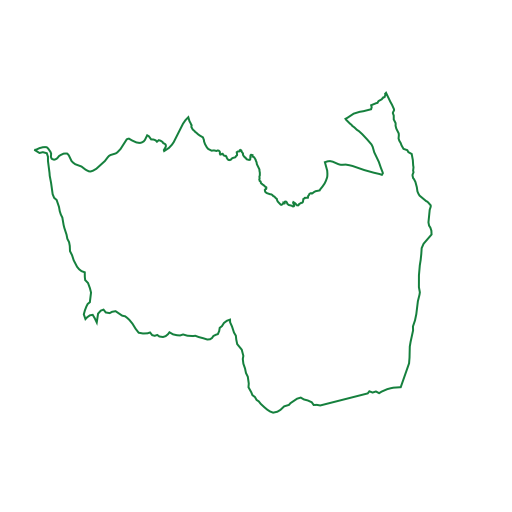 Hleoheng, Leribe, Lesotho (Natural Earth projection), rotated 342°
{"feature_id": "5366337B95493361127464", "entity_name": "Hleoheng", "entity_type": "district", "adm_level": 2, "iso_a3": "LSO", "parent_name": "Lesotho", "parent_adm1": "Leribe", "projection": "natural_earth1", "projection_center": [27.92, -28.954], "detail": "fine", "context": "isolated", "style": "outline", "palette": "green", "viewbox_px": 512, "rotation_deg": 342, "n_neighbors": 0, "source": "geoboundaries", "source_scale": "gbopen_adm2", "svg_char_len": 6081}
<svg xmlns="http://www.w3.org/2000/svg" viewBox="0 0 512 512"><g transform="rotate(342 256 256)"><path d="M437.8,261.8L436.2,258.1L435.4,256.9L434.8,256.4L430.2,249.1L429.7,246.8L429.5,244.4L430.2,240.3L430.5,234.9L430.0,231.7L429.5,230.5L429.7,228.0L430.0,227.1L431.7,225.0L431.8,223.4L433.2,220.3L433.5,218.3L434.8,213.2L435.6,207.1L433.0,204.3L432.6,202.1L429.4,199.7L428.6,195.8L428.5,193.3L427.9,190.6L427.9,188.3L429.2,185.2L429.6,183.5L428.8,178.2L429.0,175.2L429.6,173.6L429.8,172.6L429.2,168.7L430.4,165.0L430.3,162.4L430.6,161.8L432.3,160.1L432.6,159.1L432.1,154.3L431.4,150.7L430.1,141.0L428.9,141.7L428.9,142.9L427.6,144.1L427.5,144.5L426.5,144.7L426.0,144.5L425.3,145.1L424.9,145.1L424.1,145.8L420.5,146.5L419.9,146.9L418.9,147.9L417.5,147.8L412.1,148.2L412.0,150.2L410.8,152.0L403.0,151.5L399.1,150.9L392.9,150.8L385.7,152.8L383.5,153.2L383.8,154.3L386.3,159.2L387.4,160.8L387.7,161.9L389.3,164.1L390.9,167.1L392.5,169.1L394.7,173.0L397.7,179.4L400.3,185.6L400.7,188.2L400.5,193.9L401.9,204.5L402.0,210.5L402.3,215.8L402.2,216.5L400.8,217.7L398.8,216.2L393.8,213.2L385.5,207.7L375.6,200.2L372.8,198.5L369.6,196.8L365.8,195.8L364.3,195.2L362.6,194.0L358.1,190.0L355.7,188.6L353.4,188.1L350.5,188.1L350.1,196.8L349.3,199.9L348.5,202.1L347.8,203.4L345.7,206.1L343.7,208.2L340.7,210.5L337.6,212.5L336.8,213.3L332.7,212.8L331.0,213.1L329.0,213.8L328.4,213.9L327.8,213.2L326.1,213.4L325.3,214.3L324.1,215.1L323.4,216.6L320.4,215.8L320.1,216.2L318.8,216.3L318.6,216.5L317.5,218.8L316.9,219.4L316.4,219.6L315.3,219.4L315.1,219.6L313.1,219.9L312.6,220.5L311.8,220.9L310.7,220.5L309.5,217.9L308.2,216.3L307.7,216.9L308.0,219.7L307.8,220.1L307.3,220.4L306.9,220.4L306.3,220.2L305.5,219.2L302.9,217.6L302.0,216.2L301.8,214.3L301.4,213.6L300.8,213.3L300.0,213.3L299.7,213.6L299.5,214.8L299.1,214.8L298.4,213.9L298.1,214.5L296.9,215.0L296.2,215.2L295.6,215.0L295.2,214.5L293.5,210.9L293.3,209.3L293.4,208.0L292.8,207.3L291.8,205.1L290.9,204.4L290.8,203.9L290.2,202.8L289.4,202.0L288.6,201.7L285.7,199.5L285.1,198.7L284.6,197.7L284.8,195.9L285.9,195.2L286.4,195.3L286.9,194.5L287.0,193.8L286.3,193.1L285.0,190.7L284.3,190.1L284.0,189.3L283.5,188.8L283.2,188.0L283.4,187.2L283.3,186.4L282.7,185.8L282.8,184.1L283.3,183.6L283.8,181.5L284.6,180.4L285.4,177.9L285.6,176.2L286.0,174.7L285.2,168.9L285.5,167.0L285.3,165.2L285.4,164.4L284.8,161.8L284.4,161.1L283.8,160.7L283.6,160.0L283.9,159.0L282.6,158.2L282.1,158.4L281.7,158.9L281.4,159.6L281.4,160.5L280.9,160.8L280.5,162.1L280.0,162.6L279.5,162.6L278.6,162.2L277.0,161.1L276.3,159.0L275.8,158.8L275.1,156.8L274.9,155.7L275.3,154.4L274.7,152.9L274.6,151.0L273.8,150.6L273.7,150.3L273.3,150.4L273.0,151.2L272.7,151.4L271.0,151.0L269.7,151.4L269.4,153.6L269.0,154.4L267.9,154.8L267.5,155.2L266.8,155.7L264.1,155.6L262.9,155.9L262.2,156.5L260.7,156.7L260.1,156.3L259.6,156.2L259.0,155.4L258.5,153.4L258.6,152.4L258.2,151.4L257.8,151.4L256.7,150.7L256.2,149.9L255.9,148.5L255.5,148.3L254.0,148.6L253.4,148.5L253.2,147.6L253.8,146.1L253.6,145.1L253.1,144.3L252.2,143.8L250.9,143.9L248.7,142.6L246.3,142.1L243.6,139.4L242.8,137.4L242.1,133.9L242.0,130.9L242.3,129.8L242.2,126.8L239.7,124.0L238.4,122.2L237.4,120.4L236.4,119.0L236.2,118.3L234.9,116.1L234.4,113.3L235.2,111.7L234.9,111.1L234.9,109.9L234.4,107.2L234.5,103.1L230.9,105.0L227.5,107.6L212.9,122.3L210.4,124.2L206.6,126.3L201.1,127.8L201.1,126.8L204.0,124.2L204.5,122.7L204.3,121.7L203.5,120.7L202.7,120.1L202.3,118.6L200.8,116.8L199.3,115.8L197.1,116.7L196.3,115.0L194.6,113.6L192.3,112.7L191.1,109.0L189.8,107.6L186.2,111.3L184.6,112.3L182.7,112.7L181.2,112.7L180.0,112.4L177.3,111.0L173.8,107.8L171.4,105.1L170.4,105.0L169.1,105.1L160.2,112.4L156.5,114.4L155.0,115.0L153.5,115.1L148.8,115.0L147.1,115.4L145.5,116.3L141.6,119.0L131.1,123.7L127.3,124.5L124.8,124.5L123.3,123.9L121.8,122.5L120.5,121.1L117.7,117.0L112.4,112.8L110.8,110.5L109.9,108.6L109.1,102.6L108.7,101.4L108.0,100.2L106.3,99.6L104.6,99.2L101.4,99.6L99.5,100.1L97.7,101.3L96.4,101.9L94.7,102.1L93.7,102.0L92.2,100.9L91.7,100.2L91.6,98.3L92.8,95.3L92.7,93.4L91.6,89.8L90.9,88.3L90.0,87.6L87.1,86.7L83.4,86.5L80.1,86.9L78.7,86.8L78.0,86.5L81.9,91.1L85.4,91.4L88.8,93.6L88.8,97.3L87.5,101.4L85.3,113.1L84.6,116.0L83.7,123.1L81.7,134.4L82.0,138.3L83.7,141.1L83.8,148.4L83.2,152.8L83.2,156.3L83.7,159.6L82.6,167.1L82.4,170.0L82.4,177.2L81.9,181.3L82.5,185.1L82.0,188.9L80.6,193.9L81.3,198.4L81.3,203.8L82.5,211.0L83.7,214.0L85.4,216.5L88.1,218.6L86.7,223.1L86.1,226.1L87.9,229.8L88.1,235.4L87.8,239.8L83.7,248.6L81.1,249.6L79.1,251.6L76.5,254.8L74.2,258.3L74.3,263.3L76.5,262.1L79.7,261.1L82.5,261.5L83.4,265.4L84.0,270.0L88.0,262.0L91.5,260.0L94.4,259.9L95.7,263.3L99.2,265.1L101.9,264.6L105.4,265.1L110.3,271.4L112.9,272.9L114.4,275.1L115.8,277.6L117.6,282.2L119.0,288.0L120.7,292.7L124.6,294.8L128.9,296.0L131.6,296.0L132.8,299.2L135.0,300.6L137.7,300.6L139.2,302.7L142.5,304.3L145.3,304.3L148.1,303.2L150.1,301.8L152.9,304.9L156.3,306.9L159.2,308.1L162.4,308.1L166.1,310.6L171.4,312.7L173.6,313.1L176.5,315.4L180.4,317.9L183.9,320.4L186.6,321.0L188.8,320.4L190.8,318.9L193.6,318.5L195.6,318.5L197.8,316.0L199.3,313.1L201.9,312.2L204.8,309.8L208.3,308.6L211.6,308.5L210.9,311.1L211.4,315.7L211.4,322.0L212.2,325.6L211.4,329.4L210.9,334.0L213.5,340.7L213.1,347.1L211.6,349.9L210.7,354.6L210.8,359.6L210.3,364.2L210.9,368.3L209.7,375.1L208.3,378.5L209.4,384.2L209.6,387.2L211.4,389.8L212.1,393.1L213.7,395.1L214.8,398.1L217.2,402.4L219.2,405.6L221.3,408.2L223.9,410.3L228.2,410.7L231.7,409.9L236.3,407.7L241.3,407.8L243.3,406.6L251.0,404.4L254.8,404.5L257.2,407.2L260.6,409.4L263.8,412.3L264.8,415.5L267.9,416.4L270.9,418.0L319.8,421.2L322.0,419.7L324.7,421.9L328.2,421.9L330.7,424.5L333.5,423.8L339.7,423.2L343.3,423.4L346.0,423.7L353.1,425.5L368.4,405.4L370.6,400.1L374.3,389.6L376.5,385.4L382.4,375.3L383.5,371.5L387.3,366.4L390.5,360.8L396.0,349.0L399.5,343.4L400.6,341.2L401.3,336.0L405.0,324.7L408.9,315.5L411.4,310.6L413.8,305.2L416.0,299.7L419.2,296.1L429.6,289.8L430.6,286.2L430.6,282.9L430.0,280.6L430.4,277.3L435.5,265.7L437.4,263.1L437.8,261.8Z" fill="none" stroke="#15803d" stroke-width="2"/></g></svg>